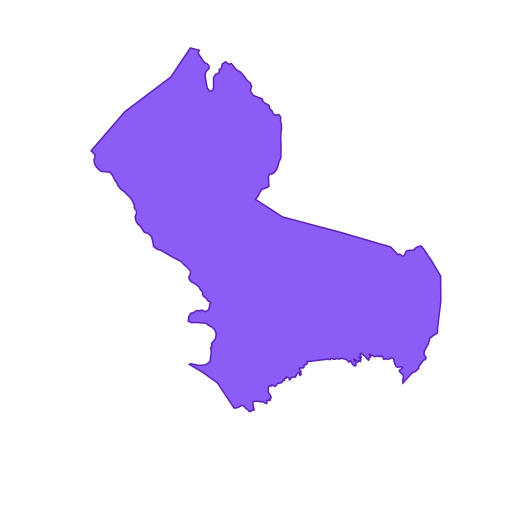 San Miguel Quetzaltepec, Oaxaca, Mexico, rotated 135°
{"feature_id": "50627088B89503535126650", "entity_name": "San Miguel Quetzaltepec", "entity_type": "district", "adm_level": 2, "iso_a3": "MEX", "parent_name": "Mexico", "parent_adm1": "Oaxaca", "projection": "equal_earth", "projection_center": [-95.769, 16.979], "detail": "fine", "context": "isolated", "style": "filled", "palette": "violet", "viewbox_px": 512, "rotation_deg": 135, "n_neighbors": 0, "source": "geoboundaries", "source_scale": "gbopen_adm2", "svg_char_len": 6078}
<svg xmlns="http://www.w3.org/2000/svg" viewBox="0 0 512 512"><g transform="rotate(135 256 256)"><path d="M157.6,172.9L178.5,211.2L209.7,265.0L212.5,278.6L216.4,296.6L213.8,296.7L211.7,297.1L209.1,298.1L204.4,299.0L202.6,297.8L199.4,296.5L197.5,296.1L194.0,300.2L190.9,303.4L188.7,304.2L186.7,302.7L184.3,302.1L180.3,302.6L176.7,304.2L173.0,306.4L169.1,307.7L159.5,317.1L156.0,321.1L153.9,323.0L150.6,326.1L147.8,328.0L144.9,331.4L142.8,334.6L140.6,336.3L139.8,339.2L141.0,340.9L143.2,342.4L142.9,345.4L142.0,347.7L142.2,350.1L140.3,353.5L141.6,357.6L141.8,360.2L140.4,362.9L142.1,366.0L142.9,368.2L144.3,371.2L143.8,375.7L141.9,377.7L139.0,379.2L137.6,382.5L138.0,384.6L138.1,387.4L137.4,390.3L136.8,396.8L138.2,401.6L137.5,407.6L137.4,409.7L139.6,410.7L140.2,414.9L144.2,415.6L148.0,413.1L150.1,414.0L152.1,411.8L154.5,412.3L156.3,413.1L160.1,412.0L162.0,410.1L163.5,408.5L165.3,406.9L167.1,404.8L170.1,403.8L172.1,405.1L171.8,409.1L166.8,416.4L165.3,418.5L162.7,420.9L160.3,421.8L156.8,421.7L155.0,423.3L154.6,426.1L155.5,428.8L155.3,431.7L154.6,434.7L154.0,438.3L153.2,440.6L150.6,441.5L155.3,449.5L189.7,442.8L246.7,450.8L298.2,447.0L298.1,441.9L299.9,439.7L302.3,438.9L304.0,436.7L305.4,434.1L306.0,431.2L306.0,427.4L305.4,424.9L300.0,418.6L300.5,414.5L301.1,412.3L302.4,408.8L302.5,406.3L303.8,403.7L304.3,399.5L304.1,396.6L303.5,394.1L303.8,391.9L303.6,387.8L303.9,384.4L304.7,381.4L305.8,378.5L308.1,375.9L308.6,372.5L310.6,370.5L313.6,369.3L316.0,365.9L317.0,362.4L316.6,358.5L317.4,355.9L318.2,351.8L316.5,348.4L316.1,345.8L316.4,343.2L318.1,340.4L320.0,337.4L321.7,335.2L321.1,330.5L319.4,327.7L315.9,314.6L312.8,304.9L313.0,302.4L313.0,299.7L312.6,296.6L313.0,291.7L315.3,289.5L317.7,289.0L319.4,287.5L320.1,284.0L319.2,281.1L318.6,278.8L318.2,274.9L319.2,271.0L319.2,268.1L320.8,266.9L321.6,264.5L321.0,261.0L321.6,258.5L321.1,255.4L327.5,251.4L331.3,252.6L332.4,255.9L335.2,257.7L336.5,259.4L340.6,260.3L342.8,261.7L346.4,260.6L350.0,257.9L348.8,254.5L346.6,252.6L344.4,250.2L338.8,243.7L338.7,240.8L337.6,237.5L337.3,233.2L338.3,230.9L339.6,228.7L341.7,227.1L343.4,226.1L349.6,225.5L350.8,223.3L352.9,223.3L354.6,220.9L356.2,219.1L359.3,216.8L362.6,214.2L364.4,214.0L366.7,214.3L369.4,215.2L372.4,217.8L374.5,220.1L376.2,222.8L378.6,226.2L379.8,226.5L375.9,211.2L373.0,193.5L379.0,164.1L378.2,163.1L376.7,162.1L376.1,161.8L375.6,161.9L374.7,161.2L372.4,160.6L371.7,160.2L370.7,158.8L370.7,157.9L371.0,155.3L370.6,153.6L370.5,152.3L370.8,150.9L369.7,149.7L368.5,150.0L367.8,149.9L367.5,149.6L366.9,148.7L366.4,148.5L365.6,149.1L365.1,150.2L362.4,154.2L361.7,154.7L361.2,154.9L360.1,154.5L358.7,153.1L358.0,152.7L357.4,152.1L356.9,151.1L356.0,149.8L354.4,148.4L353.2,144.5L352.7,144.1L352.0,144.7L351.2,145.2L350.5,146.0L350.1,146.0L348.4,144.4L347.6,144.0L347.3,145.0L346.4,145.2L345.7,145.0L345.2,145.3L344.8,146.5L344.4,147.3L344.0,148.7L343.9,149.9L343.0,151.8L342.3,152.3L340.6,153.9L340.1,154.6L339.3,154.7L337.6,153.8L336.8,153.1L336.4,153.3L336.0,153.7L335.5,153.0L335.1,150.7L334.7,150.2L332.7,150.3L331.1,150.6L330.5,150.4L329.1,149.3L327.7,148.5L326.8,148.4L325.7,148.9L324.4,148.3L323.9,148.0L323.3,149.0L322.5,149.0L322.0,148.8L321.2,148.2L320.8,148.4L320.4,148.9L320.0,149.1L318.9,146.8L319.9,144.7L318.4,144.7L317.8,145.0L316.5,144.7L316.2,144.8L314.8,143.3L313.6,142.6L310.1,143.8L308.1,143.6L307.9,143.4L307.9,142.8L308.4,142.1L309.4,141.2L309.4,140.5L308.0,140.4L307.5,140.5L307.1,141.6L306.6,142.2L305.8,142.6L305.6,142.9L305.1,145.3L304.6,146.1L304.3,145.9L303.2,144.8L302.7,144.4L302.1,143.6L301.3,143.3L300.8,143.3L300.4,143.7L299.6,144.7L299.2,144.9L298.8,144.8L298.0,144.0L296.0,143.7L295.2,144.1L294.4,145.0L277.9,132.1L277.5,131.0L277.0,130.4L276.5,130.3L275.7,130.5L275.3,130.4L274.7,129.8L274.6,128.9L274.0,128.1L273.1,127.2L272.8,126.7L272.0,126.8L271.2,126.3L271.0,125.8L270.2,124.3L269.2,124.0L268.1,123.3L266.8,121.5L266.2,120.5L265.2,117.9L265.1,117.3L265.5,115.6L265.2,115.2L264.7,115.2L263.7,115.5L263.4,115.4L263.4,115.0L263.5,114.0L264.0,112.8L264.2,111.5L264.3,109.4L263.9,108.3L262.8,107.9L261.1,109.3L260.7,110.6L260.6,111.4L259.9,113.6L259.5,113.6L259.3,112.9L258.9,110.9L258.9,110.3L259.3,109.2L259.2,108.9L258.5,109.0L258.0,108.8L257.5,109.2L257.1,109.2L256.9,108.8L256.7,107.6L255.3,108.4L255.0,109.0L255.1,109.9L254.7,111.5L253.8,110.0L253.3,109.7L252.0,112.7L251.5,113.3L250.8,113.3L250.5,112.8L250.5,112.0L249.9,108.3L249.9,107.4L250.1,106.1L250.2,104.2L250.1,102.8L249.7,102.6L249.2,102.9L248.1,103.8L247.6,103.9L246.4,103.4L245.9,103.8L245.7,104.1L245.6,104.8L245.9,105.6L245.7,106.2L245.4,106.2L244.9,105.8L244.7,105.4L244.3,104.1L243.9,103.1L243.7,101.4L243.3,100.8L242.7,100.5L242.0,100.5L241.3,99.8L240.5,98.6L239.0,96.8L237.8,97.0L237.6,96.3L237.7,95.5L238.3,93.4L238.7,92.4L238.2,92.0L236.9,91.7L235.9,90.0L235.0,89.2L233.9,88.6L232.9,88.4L231.9,87.9L231.5,86.9L231.5,85.9L232.1,84.8L232.7,84.2L233.9,81.9L235.0,79.4L235.0,78.4L234.8,77.7L234.2,77.0L233.3,76.4L232.7,75.7L231.9,75.3L231.5,74.4L231.4,73.9L231.6,73.4L232.4,73.2L233.0,73.2L234.8,73.9L235.8,73.4L236.2,72.3L236.2,67.9L236.4,67.4L238.3,65.3L239.7,64.9L240.4,63.7L241.0,63.4L241.9,62.3L229.2,62.9L227.2,62.6L224.8,61.5L223.7,61.5L222.5,61.8L221.1,61.2L220.3,61.5L219.0,62.8L218.0,62.8L216.0,63.2L215.7,63.6L214.5,63.2L213.2,63.7L211.1,63.8L209.9,63.1L209.2,63.3L207.9,63.4L207.5,64.2L206.8,67.5L205.3,69.0L204.4,69.4L203.6,70.1L202.9,70.0L202.0,70.5L200.1,70.8L198.7,71.6L196.3,71.8L195.4,72.6L193.3,73.7L191.7,74.8L190.3,75.0L189.4,74.5L185.9,74.4L185.5,73.9L184.4,73.9L182.8,73.2L182.1,73.3L178.9,76.4L157.1,93.5L139.6,111.3L135.0,129.3L135.0,129.8L134.6,131.0L134.4,133.3L134.2,134.7L133.5,136.6L133.1,139.4L132.6,141.6L132.4,144.4L132.2,144.9L132.2,146.3L132.5,146.9L133.2,146.8L134.8,148.1L135.7,148.4L137.0,148.6L137.9,149.0L138.9,148.9L139.9,148.5L141.2,149.3L142.3,150.5L145.5,153.0L147.0,153.0L148.1,152.7L149.6,151.9L150.7,151.7L151.5,151.6L152.2,152.0L152.6,153.0L153.0,155.4L153.4,156.0L154.6,156.4L154.4,166.9L154.7,167.8L156.2,170.3L156.3,171.1L156.6,171.8L157.6,172.9Z" fill="#8b5cf6" stroke="#5b21b6" stroke-width="1.5"/></g></svg>